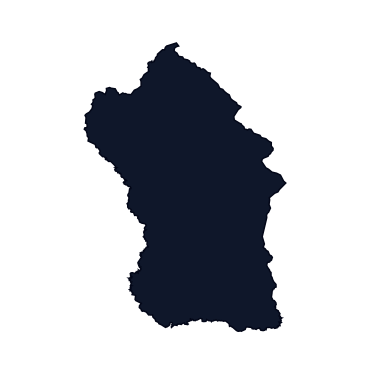 Curumaní, Cesar, Colombia (Robinson projection), rotated 288°
{"feature_id": "7082276B94072212482436", "entity_name": "Curumaní", "entity_type": "district", "adm_level": 2, "iso_a3": "COL", "parent_name": "Colombia", "parent_adm1": "Cesar", "projection": "robinson", "projection_center": [-73.572, 9.24], "detail": "fine", "context": "isolated", "style": "filled", "palette": "ink", "viewbox_px": 384, "rotation_deg": 288, "n_neighbors": 0, "source": "geoboundaries", "source_scale": "gbopen_adm2", "svg_char_len": 5951}
<svg xmlns="http://www.w3.org/2000/svg" viewBox="0 0 384 384"><g transform="rotate(288 192 192)"><path d="M229.5,278.4L230.6,275.8L235.4,270.9L236.0,266.7L235.6,261.9L237.3,257.7L237.8,254.8L242.5,248.8L244.9,248.6L246.3,249.5L249.5,253.3L251.5,253.6L252.6,254.7L254.6,255.0L256.8,256.1L258.6,255.6L260.2,253.2L263.6,252.1L264.0,249.2L265.5,245.8L265.2,241.2L266.9,239.1L266.9,232.4L269.8,228.7L269.5,226.8L268.0,225.5L268.3,224.7L268.0,222.6L270.0,221.2L270.9,218.9L272.1,217.5L272.0,216.4L273.5,210.0L276.7,208.4L284.5,210.4L287.4,212.3L288.3,212.1L288.9,208.1L290.6,206.7L291.7,202.3L292.8,199.9L295.9,197.4L296.4,194.9L297.6,191.8L299.1,189.5L299.1,186.4L302.4,183.3L306.0,174.7L307.5,173.1L310.7,172.7L310.5,169.8L312.2,166.3L312.6,164.5L311.1,162.4L312.5,161.2L312.1,157.9L314.7,155.6L315.3,154.4L314.4,152.6L314.4,151.0L314.7,150.0L315.8,149.2L316.3,147.0L315.9,143.1L317.5,141.3L316.9,137.4L319.4,134.8L320.1,132.3L320.9,131.3L323.4,130.9L325.5,132.4L326.7,134.2L328.9,131.1L323.0,122.8L321.4,122.0L318.7,122.0L318.2,120.0L312.4,116.6L311.0,117.0L308.5,115.9L306.4,116.1L305.4,115.4L304.4,115.8L302.8,113.9L304.0,113.3L302.9,112.6L302.5,111.4L301.4,110.5L300.4,110.4L298.5,111.9L296.8,111.4L296.2,112.6L294.4,112.8L293.6,113.8L288.8,110.2L284.9,109.5L283.1,108.1L281.3,109.5L277.0,110.9L273.4,108.4L271.0,105.7L265.8,104.0L264.8,100.1L265.1,98.5L264.5,97.0L264.8,95.6L261.9,93.1L262.2,92.1L263.5,91.1L263.8,89.8L266.4,87.1L265.7,82.9L265.9,81.4L264.0,78.6L262.0,79.5L257.9,79.3L258.8,75.9L258.8,72.7L256.1,69.5L255.0,69.4L251.9,70.9L250.5,70.6L249.0,69.4L247.5,70.1L246.0,70.1L244.4,69.3L243.6,70.9L240.4,71.2L236.3,69.8L233.6,67.4L231.9,66.6L230.0,68.3L224.6,69.5L224.5,70.9L222.1,72.1L220.7,71.8L219.8,70.2L218.4,70.2L217.5,72.5L215.0,74.3L212.8,75.1L211.6,77.0L208.4,77.4L207.4,85.3L204.8,86.9L204.7,87.9L205.2,88.8L203.0,91.6L202.3,92.1L200.5,91.7L199.9,92.1L198.0,96.0L198.5,97.5L197.8,98.9L198.0,100.1L197.4,100.4L196.5,99.5L196.2,99.9L196.2,101.5L195.3,103.1L196.0,105.4L193.1,110.9L192.0,111.5L191.9,112.5L191.2,111.3L190.9,112.5L189.3,111.7L188.3,112.8L188.5,113.9L188.1,115.1L187.5,115.4L188.2,116.2L187.1,117.2L187.6,118.3L186.4,119.2L186.2,120.0L186.2,119.4L185.2,119.6L184.4,120.6L184.6,121.5L184.0,123.0L182.8,124.2L183.2,125.0L182.6,126.2L181.8,124.8L180.9,125.3L180.4,123.9L179.7,123.9L179.4,124.8L178.8,124.9L178.4,127.0L178.7,128.1L178.0,128.8L177.7,130.4L178.0,131.7L176.9,132.7L176.3,132.7L176.3,132.1L175.7,131.7L171.8,132.4L169.8,131.9L168.5,132.2L168.4,133.2L166.2,134.1L164.7,134.1L164.1,134.8L163.8,134.4L162.6,134.8L160.8,133.9L160.0,134.8L157.7,135.6L156.5,137.2L157.1,137.8L156.4,139.7L154.4,139.8L154.1,140.2L154.5,142.8L152.0,144.7L152.5,145.9L152.3,148.1L150.4,148.4L149.6,149.9L147.3,151.5L146.9,153.9L147.3,157.1L146.2,158.8L142.9,157.9L141.3,159.1L141.5,159.8L140.8,159.4L140.5,158.6L139.6,158.8L139.1,158.4L136.5,160.0L135.1,159.9L134.7,160.3L134.3,159.8L133.5,161.6L132.8,161.4L132.0,162.9L131.1,163.3L131.5,164.0L131.1,164.7L128.3,165.4L126.3,167.2L125.4,165.7L123.0,165.1L122.8,164.5L122.0,164.8L121.4,164.1L120.9,164.5L120.7,164.0L119.1,163.9L118.8,163.3L119.1,162.8L118.0,161.6L116.6,162.9L116.3,162.1L115.8,162.2L115.8,163.2L114.9,163.2L114.6,164.2L108.2,162.4L107.0,163.0L107.4,163.9L106.6,163.9L106.2,164.6L105.6,164.1L104.3,165.3L104.7,166.3L103.9,166.2L103.5,167.0L102.3,167.3L101.0,166.6L101.2,165.7L100.5,166.4L99.9,165.3L98.8,165.6L99.5,164.6L98.8,164.6L98.8,164.0L98.1,164.5L97.7,163.2L96.8,163.0L96.8,160.2L96.2,159.0L95.3,158.5L94.3,159.1L92.8,161.3L92.4,160.8L92.6,160.1L91.6,160.8L91.6,159.6L90.6,159.3L90.4,158.5L90.0,159.6L89.5,159.2L88.6,159.7L89.1,160.7L87.6,161.3L87.7,162.3L87.0,161.9L86.5,162.5L84.3,162.5L84.2,163.3L83.7,162.4L82.6,163.1L82.2,162.9L81.9,163.6L81.2,163.3L80.9,163.8L79.9,162.7L79.6,163.7L78.9,163.8L79.4,165.0L78.2,165.8L78.0,166.8L76.7,167.3L76.4,166.6L75.9,166.7L76.3,169.6L76.0,170.4L72.2,171.1L71.4,172.1L70.5,178.2L67.6,177.2L65.8,177.6L64.7,180.0L63.5,180.7L63.3,181.8L63.9,182.9L63.7,185.7L61.7,188.7L62.8,192.5L60.9,193.6L59.6,196.3L58.0,197.4L57.6,200.4L56.5,201.3L56.3,203.9L55.1,208.5L55.9,208.8L55.5,209.0L55.8,209.7L58.0,211.5L59.1,211.4L59.1,211.8L60.5,211.4L61.4,212.2L61.6,213.4L60.9,214.2L59.5,213.8L58.7,214.5L57.4,214.0L56.9,214.3L60.1,216.3L60.5,219.0L61.7,218.9L62.6,221.2L62.7,222.7L63.9,223.4L65.2,225.1L64.1,225.8L64.6,228.9L65.2,229.2L65.7,227.8L66.7,227.5L68.5,229.5L69.9,230.0L71.6,229.4L69.5,230.8L70.6,231.9L71.0,231.8L71.0,232.7L70.3,233.1L70.8,235.1L71.4,235.3L71.9,236.5L74.5,239.0L74.4,240.7L72.2,241.7L72.4,243.1L73.3,245.2L75.3,245.4L74.8,247.3L75.3,250.1L74.8,250.5L75.6,250.8L75.7,251.8L76.4,252.1L77.1,253.7L77.9,254.3L77.3,256.3L78.1,257.1L78.5,259.4L78.9,260.0L78.9,262.0L79.8,263.6L78.3,267.9L75.9,269.2L76.5,269.8L75.8,272.9L74.0,277.1L73.8,278.9L74.9,281.2L74.8,281.9L77.7,285.0L79.8,285.1L80.6,285.7L81.5,289.9L81.3,291.0L80.6,291.4L80.7,292.7L81.2,293.2L81.2,295.5L81.9,295.8L83.5,298.1L81.8,300.2L82.2,302.5L83.0,303.8L83.8,303.9L83.9,305.0L86.0,304.7L87.3,307.8L87.1,309.7L88.4,311.7L87.9,312.8L89.2,314.9L90.4,314.7L90.6,315.7L91.5,315.4L92.1,317.0L93.2,316.1L93.7,316.4L95.0,315.1L95.0,316.8L95.6,317.4L96.5,316.0L97.2,316.5L98.1,315.6L98.8,315.9L99.0,315.2L100.0,316.3L99.9,314.6L101.0,314.5L101.0,313.2L103.5,313.2L104.9,311.2L105.7,310.7L106.3,307.6L108.5,307.0L108.5,306.2L111.0,306.8L112.7,305.9L114.1,303.8L114.2,301.8L115.2,301.4L116.5,300.0L121.1,299.2L121.6,298.7L123.1,299.1L124.3,298.7L125.2,299.9L126.6,300.0L127.6,301.3L130.1,300.4L131.9,297.4L133.7,295.7L135.5,294.5L136.6,293.1L139.9,292.0L140.5,290.6L141.7,289.8L144.0,286.8L145.5,285.6L148.3,285.4L149.4,287.4L150.2,287.5L151.7,288.6L154.7,288.6L155.8,287.1L156.1,285.1L159.0,282.7L159.4,280.7L160.5,279.3L161.3,276.8L164.9,276.9L171.2,272.6L190.7,271.0L193.1,270.0L195.1,270.2L196.3,271.0L200.9,271.6L203.9,269.1L208.4,268.3L210.4,267.3L216.4,271.0L218.7,273.7L221.3,274.3L229.5,278.4Z" fill="#0f172a" stroke="#020617" stroke-width="1.5"/></g></svg>